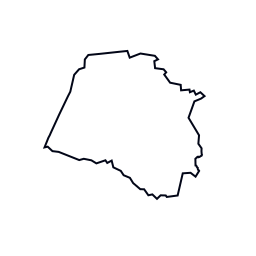 Pitt, North Carolina, United States of America (Mercator projection), rotated 331°
{"feature_id": "52423323B49517709144014", "entity_name": "Pitt", "entity_type": "district", "adm_level": 2, "iso_a3": "USA", "parent_name": "United States of America", "parent_adm1": "North Carolina", "projection": "mercator", "projection_center": [-77.336, 35.58], "detail": "fine", "context": "isolated", "style": "outline", "palette": "ink", "viewbox_px": 256, "rotation_deg": 331, "n_neighbors": 0, "source": "geoboundaries", "source_scale": "gbopen_adm2", "svg_char_len": 1167}
<svg xmlns="http://www.w3.org/2000/svg" viewBox="0 0 256 256"><g transform="rotate(331 128 128)"><path d="M182.5,181.4L181.9,175.9L186.6,168.8L185.9,148.4L199.0,136.9L206.1,137.7L210.4,137.2L208.6,131.8L203.5,131.7L203.7,127.2L199.5,126.7L200.4,124.2L192.7,120.8L195.0,115.8L186.8,108.8L185.6,98.8L188.4,97.8L187.6,93.9L180.7,88.8L183.4,82.3L187.5,82.5L186.5,77.9L175.0,68.9L163.6,67.3L164.8,60.3L156.6,56.8L139.3,49.5L128.7,44.9L123.5,47.1L119.2,54.0L113.7,52.9L106.7,55.4L95.1,68.3L90.9,71.1L74.3,82.9L57.6,95.2L56.2,96.3L55.1,97.0L53.7,97.9L45.6,104.5L48.7,105.4L50.7,111.6L55.8,115.3L69.8,132.4L74.4,133.5L80.3,138.5L83.2,143.6L92.6,145.3L92.9,148.5L97.9,148.6L96.1,155.3L100.9,162.0L101.3,167.2L105.5,172.5L105.8,178.7L109.1,187.5L112.4,189.4L113.2,196.7L117.1,197.9L119.0,204.0L123.9,202.7L128.3,205.3L128.5,207.1L138.7,211.1L153.9,194.2L161.0,197.5L163.5,203.3L169.4,200.0L169.3,198.9L169.0,198.5L169.3,197.2L169.7,196.7L169.3,195.4L169.5,194.7L169.4,193.9L168.9,193.5L172.0,187.6L174.8,186.9L175.4,187.1L175.4,187.7L176.6,188.0L177.7,187.8L178.9,187.9L179.7,187.3L179.7,186.8L180.9,184.1L182.5,181.4Z" fill="none" stroke="#020617" stroke-width="2"/></g></svg>